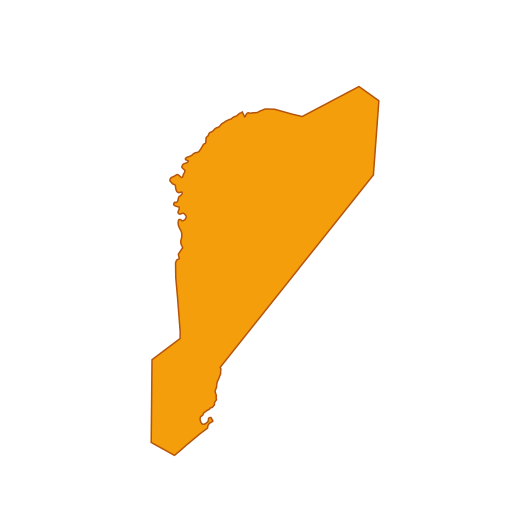 Kawerau District, Bay of Plenty, New Zealand (Natural Earth projection), rotated 150°
{"feature_id": "76426892B43791511168362", "entity_name": "Kawerau District", "entity_type": "district", "adm_level": 2, "iso_a3": "NZL", "parent_name": "New Zealand", "parent_adm1": "Bay of Plenty", "projection": "natural_earth1", "projection_center": [176.702, -38.085], "detail": "fine", "context": "isolated", "style": "filled", "palette": "amber", "viewbox_px": 512, "rotation_deg": 150, "n_neighbors": 0, "source": "geoboundaries", "source_scale": "gbopen_adm2", "svg_char_len": 3696}
<svg xmlns="http://www.w3.org/2000/svg" viewBox="0 0 512 512"><g transform="rotate(150 256 256)"><path d="M380.9,134.0L379.7,134.4L378.5,134.4L377.1,134.4L376.2,134.4L375.8,134.8L375.7,135.5L375.9,136.9L375.6,137.9L375.9,138.8L376.8,139.1L377.9,139.2L378.7,138.6L379.4,137.6L380.1,136.9L380.7,136.5L381.8,136.3L382.9,136.2L384.0,136.1L385.0,136.3L385.9,136.7L386.6,137.5L386.9,138.7L386.8,139.9L386.3,142.2L385.8,143.0L385.2,143.7L384.6,144.4L383.9,144.6L383.0,144.6L381.8,144.8L381.0,145.3L380.1,146.1L376.1,146.7L372.9,146.6L372.0,147.1L371.6,147.2L371.2,147.1L370.2,146.9L369.6,146.8L369.0,146.9L368.3,147.1L367.6,147.6L367.1,147.6L366.6,147.8L366.2,148.2L365.6,149.3L365.1,149.8L363.8,150.6L363.2,150.9L362.6,151.0L362.2,151.2L361.8,151.7L361.7,152.3L361.1,153.8L360.3,154.4L359.7,156.8L359.3,159.0L357.7,160.6L355.8,162.0L354.0,164.8L351.8,166.9L349.6,168.4L345.2,172.0L344.8,173.1L342.9,175.6L342.8,176.4L342.9,176.9L342.7,177.5L292.2,197.4L228.3,222.5L227.7,222.7L224.2,224.2L206.0,231.3L113.8,267.5L76.2,322.8L72.0,329.0L82.1,351.3L146.3,353.7L154.3,361.3L166.5,373.8L174.5,378.7L179.8,379.5L183.2,379.6L187.8,381.9L189.3,382.3L191.1,383.9L191.9,384.1L193.4,383.7L194.4,383.1L195.0,382.5L195.6,382.3L196.3,382.3L195.9,387.2L195.8,387.5L196.3,387.6L197.6,387.4L198.5,387.7L199.1,387.7L200.4,387.5L202.6,387.0L203.3,387.0L203.8,387.2L205.8,387.5L207.1,387.5L207.8,387.3L209.3,387.1L211.0,387.6L211.9,387.6L214.0,387.8L214.9,387.9L217.0,387.6L218.5,387.7L219.5,387.6L221.0,387.2L221.7,386.8L222.5,386.6L223.2,386.4L223.9,386.3L226.0,386.7L227.5,386.8L230.6,385.9L231.4,385.7L232.2,385.7L234.1,386.0L234.7,385.9L235.3,385.6L235.9,385.3L236.6,384.6L237.7,384.0L239.6,383.6L240.0,383.4L240.8,382.4L241.5,381.2L242.1,380.5L242.3,380.0L242.6,379.4L243.1,379.0L243.6,378.9L244.2,378.9L244.6,379.0L245.4,379.0L245.8,378.9L247.1,378.2L247.7,377.7L249.3,376.9L250.0,376.4L251.0,376.0L252.6,375.2L253.9,374.9L255.2,375.1L256.7,375.7L258.0,375.9L259.5,375.7L260.9,375.4L262.3,375.3L264.0,375.5L265.6,375.9L266.6,376.0L267.4,375.9L268.1,375.8L268.7,375.4L268.8,374.6L268.3,373.8L267.6,373.2L267.2,372.6L267.2,372.0L268.1,371.5L269.2,371.3L272.0,371.9L273.0,371.9L274.0,371.6L275.0,370.9L275.6,370.3L275.9,369.7L274.9,366.1L274.9,365.3L275.9,364.3L278.6,362.6L279.2,361.8L279.9,361.3L280.7,361.1L281.4,361.4L281.8,362.3L282.2,363.8L282.7,365.0L283.2,365.8L284.3,366.1L285.8,366.0L287.7,366.0L289.8,366.3L290.8,366.2L291.8,365.6L292.6,364.8L293.0,364.0L292.2,360.2L290.7,358.4L290.6,357.4L291.8,354.5L292.2,352.9L292.3,351.7L292.1,350.7L291.4,349.6L290.4,349.2L289.4,348.9L288.5,348.7L288.2,348.1L288.5,347.2L289.6,346.4L291.2,346.1L292.4,346.0L293.2,345.8L294.2,345.0L296.2,342.8L297.2,342.3L298.0,342.1L299.0,342.7L299.4,343.2L300.2,343.0L301.0,342.6L301.5,341.9L301.6,341.1L301.1,340.0L299.9,338.6L298.3,337.0L298.4,336.0L299.2,335.0L300.1,334.2L301.2,333.5L301.8,332.7L301.9,331.8L301.7,331.1L301.4,330.6L300.6,330.1L298.9,329.9L297.9,329.6L297.3,329.1L296.9,328.0L296.7,327.1L296.6,326.3L296.6,325.5L296.8,324.8L297.4,324.2L298.0,323.7L298.8,323.3L299.5,323.1L300.5,323.0L301.5,323.0L302.2,323.3L302.6,323.6L302.7,324.4L303.0,324.9L303.4,325.6L303.8,325.8L304.5,326.0L305.0,325.8L305.5,325.4L306.2,324.6L306.8,323.8L307.6,322.1L307.9,321.1L308.1,320.0L308.3,318.5L308.4,315.1L308.7,313.7L309.1,312.6L309.6,311.5L311.1,309.2L313.3,307.0L313.9,306.3L314.3,305.4L314.7,304.6L314.9,303.8L315.4,299.7L316.3,299.4L322.4,296.4L323.7,292.1L326.8,292.1L329.1,290.3L336.4,277.2L344.8,259.1L359.7,228.0L363.0,222.5L397.9,218.2L440.0,146.9L426.3,124.1L417.2,125.7L411.3,127.0L406.4,127.8L393.0,130.1L384.0,131.2L383.2,132.3L382.3,133.3L380.9,134.0Z" fill="#f59e0b" stroke="#b45309" stroke-width="1.5"/></g></svg>